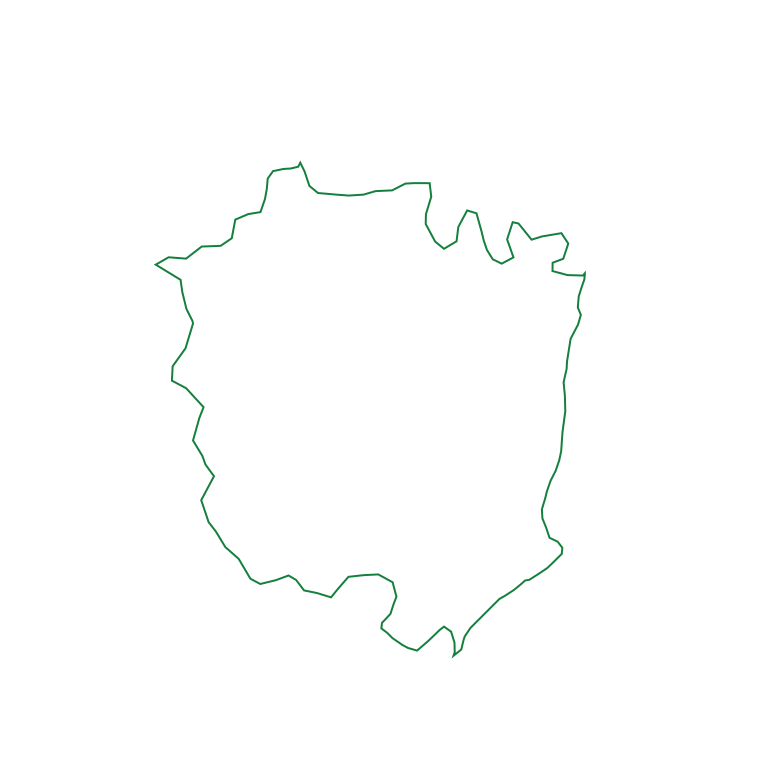 outline of Maroni, Larnaca, Cyprus, rotated 315°
{"feature_id": "46923920B60231946210066", "entity_name": "Maroni", "entity_type": "district", "adm_level": 2, "iso_a3": "CYP", "parent_name": "Cyprus", "parent_adm1": "Larnaca", "projection": "albers", "projection_center": [33.37, 34.753], "detail": "fine", "context": "isolated", "style": "outline", "palette": "green", "viewbox_px": 768, "rotation_deg": 315, "n_neighbors": 0, "source": "geoboundaries", "source_scale": "gbopen_adm2", "svg_char_len": 2002}
<svg xmlns="http://www.w3.org/2000/svg" viewBox="0 0 768 768"><g transform="rotate(315 384 384)"><path d="M481.3,168.3L477.0,169.7L470.6,165.8L464.9,160.8L456.0,155.0L447.1,156.5L438.5,163.6L430.7,169.0L418.2,175.1L408.2,167.9L395.1,162.6L379.4,173.3L366.2,170.8L352.3,157.9L332.7,155.4L321.3,142.1L307.0,138.2L313.8,166.5L306.3,176.5L297.4,191.2L293.1,204.1L291.7,206.2L268.9,218.4L247.1,222.0L236.4,231.7L241.1,247.1L240.0,272.8L229.3,277.5L209.0,288.9L204.7,306.5L200.8,314.7L198.6,329.0L184.4,333.3L172.6,336.9L162.3,357.7L160.8,369.5L156.5,387.1L157.6,405.0L152.3,425.4L151.9,427.5L155.1,437.9L168.7,446.2L181.1,451.9L183.3,460.5L181.5,473.4L188.6,484.1L195.7,497.4L206.8,496.3L222.5,495.2L234.6,504.9L245.3,514.6L249.9,530.3L242.4,543.2L235.0,546.5L226.0,551.1L213.6,551.5L209.3,555.0L210.3,562.2L210.3,569.7L212.5,581.6L214.3,587.6L218.9,595.9L233.9,597.0L249.6,597.3L254.9,598.0L256.3,606.6L251.0,616.7L244.2,623.8L241.1,625.3L250.9,626.4L259.2,621.3L262.6,619.6L272.7,617.6L281.3,617.6L291.2,617.6L300.9,617.6L313.7,617.6L319.4,619.2L329.6,621.4L339.0,622.4L344.8,622.7L348.3,625.2L358.7,627.5L369.5,629.6L379.3,629.8L389.6,629.8L394.3,625.9L395.3,618.3L392.3,609.8L397.1,600.2L401.0,591.0L407.1,584.2L417.4,578.7L423.1,575.2L433.4,570.2L444.1,566.7L453.9,561.9L461.9,556.7L468.5,550.9L476.5,544.0L492.9,531.5L503.6,520.2L512.2,509.8L523.9,502.4L529.2,497.6L547.9,484.0L563.2,479.2L572.1,474.3L575.1,467.0L583.7,459.7L593.6,454.6L599.3,451.9L602.9,449.1L604.3,447.7L601.4,448.0L590.8,436.8L583.0,423.3L589.0,417.5L599.3,422.2L613.6,415.0L616.1,402.8L600.1,391.4L590.4,386.3L592.6,365.6L589.4,360.6L573.3,368.8L565.1,386.0L552.3,382.1L549.1,372.7L551.6,362.0L555.8,353.4L560.8,345.2L570.1,328.7L565.5,320.1L547.6,325.5L536.2,334.4L522.0,330.8L520.9,319.4L526.6,300.4L533.7,293.6L549.8,285.0L558.3,274.3L547.6,263.5L540.8,257.4L526.6,252.8L514.5,241.7L503.4,235.6L492.4,225.9L483.8,215.9L472.4,202.3L471.3,191.2L478.1,177.6L481.3,168.3Z" fill="none" stroke="#15803d" stroke-width="2"/></g></svg>